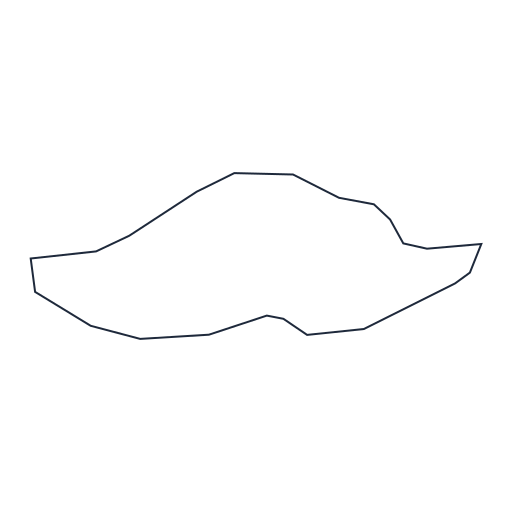 an SVG outline of Dol pri Ljubljani
{"feature_id": "SVN-946", "entity_name": "Dol pri Ljubljani", "entity_type": "Municipality", "adm_level": 1, "iso_a3": "SVN", "parent_name": "Slovenia", "parent_adm1": "", "projection": "orthographic", "projection_center": [14.684, 46.097], "detail": "fine", "context": "isolated", "style": "outline", "palette": "slate", "viewbox_px": 512, "rotation_deg": 0, "n_neighbors": 0, "source": "natural_earth", "source_scale": "10m", "svg_char_len": 399}
<svg xmlns="http://www.w3.org/2000/svg" viewBox="0 0 512 512"><path d="M481.3,244.0L469.9,272.6L455.1,283.4L363.9,329.0L307.1,334.9L283.4,318.8L266.8,315.6L208.9,334.7L140.2,338.9L90.7,325.8L35.1,291.9L30.7,258.5L96.1,251.4L129.3,235.7L196.7,191.7L234.3,173.1L293.0,174.5L339.0,197.8L373.9,204.3L390.1,219.5L403.3,243.4L427.0,248.7L481.3,244.0Z" fill="none" stroke="#1e293b" stroke-width="2"/></svg>